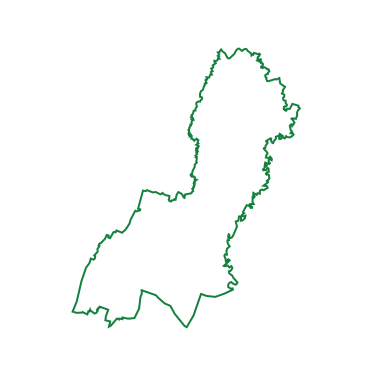 Kota Jakarta Timur, Jakarta Raya, Indonesia (Robinson projection), rotated 196°
{"feature_id": "22746128B5353616278909", "entity_name": "Kota Jakarta Timur", "entity_type": "district", "adm_level": 2, "iso_a3": "IDN", "parent_name": "Indonesia", "parent_adm1": "Jakarta Raya", "projection": "robinson", "projection_center": [106.894, -6.261], "detail": "fine", "context": "isolated", "style": "outline", "palette": "green", "viewbox_px": 384, "rotation_deg": 196, "n_neighbors": 0, "source": "geoboundaries", "source_scale": "gbopen_adm2", "svg_char_len": 6113}
<svg xmlns="http://www.w3.org/2000/svg" viewBox="0 0 384 384"><g transform="rotate(196 192 192)"><path d="M273.8,44.1L269.8,44.0L264.1,45.9L264.0,46.4L258.9,45.5L258.7,48.9L257.6,48.9L257.5,50.9L256.9,50.1L252.3,48.3L250.7,49.4L250.0,51.5L250.8,52.3L250.7,53.1L250.0,52.9L250.1,54.2L249.7,55.4L249.0,55.3L248.9,56.3L240.1,55.7L240.5,48.7L239.9,44.8L234.9,45.0L234.7,39.7L233.1,41.3L229.3,49.6L227.0,49.3L227.0,50.3L223.8,50.6L224.3,52.2L218.5,52.6L212.6,54.9L210.7,65.2L212.6,77.0L212.2,80.2L213.3,83.7L198.1,82.8L195.0,80.8L187.4,77.3L181.4,76.6L175.0,70.1L162.1,61.1L159.8,60.6L156.5,73.6L155.2,96.5L149.3,96.1L140.7,97.6L132.5,103.5L125.8,109.4L126.4,110.5L127.9,109.8L130.8,110.5L131.4,111.6L131.5,113.6L130.8,115.2L129.4,116.3L127.7,115.3L124.5,114.9L123.8,115.7L123.4,117.6L128.8,121.1L130.1,122.6L133.8,124.1L134.7,126.0L133.5,126.5L132.8,127.8L132.3,129.6L132.5,130.5L133.8,131.6L135.2,129.8L137.4,131.2L140.3,129.6L141.1,129.7L136.9,136.6L138.5,137.4L139.0,136.6L138.7,134.9L140.3,134.5L141.2,136.8L143.3,139.5L143.2,141.0L141.1,141.4L142.6,144.5L142.7,147.2L140.8,150.0L143.1,152.0L144.3,154.0L144.6,155.3L143.2,156.0L144.6,158.2L145.2,161.0L145.0,161.5L144.3,161.1L143.3,158.3L142.6,158.2L141.3,159.1L140.5,161.1L139.2,171.2L141.8,175.7L139.5,177.2L140.1,181.4L138.2,182.1L137.0,177.9L135.7,178.5L134.0,181.0L134.1,183.9L136.2,182.6L137.1,182.9L137.7,183.8L136.0,186.0L137.3,186.5L137.4,187.2L135.8,194.4L132.6,194.3L131.2,192.9L129.9,193.4L130.2,194.3L133.3,195.7L132.9,196.4L129.4,197.5L131.1,199.1L132.5,204.5L132.0,205.0L130.9,203.8L130.5,204.9L132.6,206.9L132.8,208.1L129.0,207.1L128.7,208.9L126.2,209.1L127.0,211.3L126.6,212.9L125.2,213.7L123.6,213.5L120.4,216.9L121.7,218.3L125.0,217.8L121.5,222.4L121.7,223.0L123.1,223.3L121.3,226.1L122.7,229.4L123.9,230.0L125.0,229.2L126.0,229.9L125.3,231.9L123.7,232.7L124.9,235.6L126.1,236.1L126.8,233.6L129.3,232.5L130.0,233.2L127.4,238.4L127.6,238.7L128.4,237.6L129.4,237.4L129.8,240.4L125.4,240.2L125.0,241.1L126.9,242.7L127.2,244.6L126.4,245.1L124.2,244.4L124.3,245.7L126.6,247.5L127.6,245.9L130.5,245.5L130.7,247.9L130.0,249.5L130.4,250.6L134.9,253.4L134.8,254.2L133.7,254.7L134.0,256.8L132.9,259.7L133.2,260.7L134.3,260.7L134.8,261.4L131.4,265.1L130.6,265.2L130.0,262.9L128.2,261.3L127.5,261.3L127.2,263.7L126.0,266.5L126.7,268.2L123.9,270.2L123.7,272.1L120.7,271.0L122.7,269.8L123.3,267.8L122.6,267.0L121.4,267.4L119.9,269.6L117.6,269.1L117.0,271.6L115.4,271.0L112.7,271.6L110.6,274.1L110.2,275.1L110.9,276.0L113.4,275.6L113.3,276.3L112.5,276.6L112.4,277.6L114.2,278.8L116.2,282.4L115.9,283.7L115.0,284.5L113.9,283.0L112.6,286.8L114.6,288.8L116.5,289.8L116.1,290.4L112.3,291.0L112.0,294.9L112.8,296.6L112.8,299.3L111.4,302.1L113.1,302.9L113.5,304.3L119.8,304.4L120.9,298.8L123.3,298.3L123.9,296.1L125.1,296.2L125.2,297.1L126.5,296.8L127.2,299.0L126.3,300.0L125.2,300.1L124.6,301.8L126.6,303.4L127.1,305.5L129.3,305.5L130.2,306.8L130.4,307.8L129.6,309.0L130.1,311.0L132.7,311.5L132.1,313.9L132.8,314.6L131.5,318.7L137.1,320.6L139.5,325.6L141.8,323.4L143.1,323.5L149.2,319.5L150.5,319.4L152.0,321.7L152.0,322.4L152.7,322.4L153.8,324.2L152.6,326.0L151.6,326.4L151.9,327.5L150.9,329.3L152.3,331.1L153.5,330.6L154.9,331.5L157.2,331.9L158.2,330.6L159.9,330.7L160.1,331.6L159.3,331.9L158.8,333.7L159.3,334.8L159.9,334.7L160.8,335.7L161.5,335.1L162.1,335.7L162.1,337.8L162.6,338.5L163.9,338.1L164.1,336.1L165.7,336.4L165.2,337.4L165.9,338.4L165.8,340.2L165.1,340.8L164.6,343.1L165.6,343.5L166.3,342.7L170.8,342.8L171.0,340.8L171.9,341.0L172.5,339.7L173.4,341.5L177.6,343.1L178.9,344.3L180.6,344.2L182.8,341.4L186.2,342.8L187.2,342.5L188.6,340.4L189.4,336.4L192.6,331.0L193.9,330.4L195.1,331.0L198.5,334.5L201.5,335.6L203.3,337.0L204.2,334.9L204.0,333.9L205.6,333.3L203.7,331.5L204.7,330.0L203.3,329.5L203.7,328.6L202.4,327.6L203.9,327.1L203.8,325.9L204.9,324.5L206.7,324.3L206.4,323.5L204.7,322.3L207.0,319.5L206.3,319.1L205.9,317.6L207.6,315.9L205.5,313.9L206.9,312.5L205.3,310.3L206.8,310.0L207.0,306.8L209.6,306.4L208.4,304.9L208.9,303.7L209.8,303.7L209.7,303.1L209.2,301.7L208.1,301.1L208.1,300.4L209.6,299.6L209.1,298.0L209.7,297.0L209.6,294.3L209.9,292.8L211.1,291.6L211.4,288.8L210.5,285.7L208.7,285.8L208.0,284.7L208.2,283.6L209.0,282.8L209.1,281.1L210.9,280.7L212.1,279.6L212.3,277.9L210.8,275.5L211.7,272.8L211.1,271.3L212.8,270.4L212.6,267.7L213.7,265.7L213.1,265.3L213.3,264.4L212.8,264.7L212.5,264.0L212.8,263.2L211.3,263.1L210.4,261.8L212.1,261.2L211.4,260.5L211.7,258.8L211.0,257.5L211.6,256.8L211.4,256.1L212.1,256.2L212.0,253.6L212.4,252.8L212.0,252.3L212.5,250.7L211.9,250.5L211.5,248.8L210.9,248.4L211.5,247.8L211.1,246.3L210.7,246.0L209.5,247.1L208.9,246.8L209.3,244.8L207.7,245.5L207.4,243.2L206.7,243.5L204.0,241.9L203.5,243.2L202.5,243.5L202.3,244.4L200.2,243.6L200.3,241.0L199.3,240.4L200.9,238.6L198.2,238.0L198.4,236.2L199.4,236.2L200.1,234.8L199.6,234.1L199.2,235.3L198.5,234.1L200.2,232.4L198.7,233.2L198.7,231.9L197.2,233.3L198.1,231.3L197.5,230.1L198.6,227.9L197.4,227.3L198.0,226.5L196.7,226.0L196.2,222.2L195.5,221.7L196.9,219.1L196.3,217.0L197.2,212.6L197.0,210.4L198.1,208.2L197.6,207.4L196.4,208.1L196.2,206.8L194.5,207.4L193.8,206.5L193.2,206.8L192.6,205.9L192.7,204.6L191.0,204.8L192.6,202.7L192.7,201.0L191.8,201.2L192.0,199.2L191.4,199.2L191.5,196.9L192.2,196.7L191.9,195.2L192.5,194.9L191.1,193.3L192.3,191.4L192.3,190.6L197.9,187.7L197.7,184.3L198.6,184.5L200.0,186.3L201.7,187.4L205.0,188.2L206.0,185.4L205.7,180.0L207.0,180.2L207.5,179.1L209.3,178.2L209.3,177.3L210.1,177.0L211.5,177.3L212.3,178.4L212.0,179.1L212.7,182.0L216.0,181.7L219.0,182.1L220.0,183.0L221.8,181.0L226.8,182.0L229.6,180.8L235.7,181.4L236.6,180.2L239.5,179.8L239.2,161.1L236.9,161.0L236.9,160.1L240.1,158.0L241.4,158.3L243.4,148.4L243.3,144.7L245.3,138.0L248.0,133.6L254.0,134.2L254.4,132.1L255.8,132.2L256.5,131.6L258.0,125.0L260.0,125.2L260.1,127.2L262.1,127.2L262.7,123.0L265.4,118.0L266.8,116.7L266.9,115.8L266.3,115.2L266.9,114.4L266.2,113.8L267.2,111.3L266.2,108.6L268.5,104.1L267.3,103.6L267.1,101.2L268.0,99.8L270.9,100.1L271.0,95.5L273.0,90.0L273.7,75.9L272.6,54.9L273.8,44.1Z" fill="none" stroke="#15803d" stroke-width="2"/></g></svg>